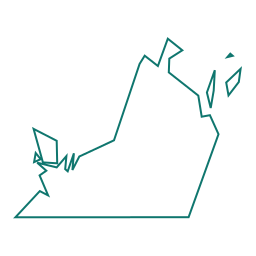 the Province of Papua, rotated 90°
{"feature_id": "IDN-558", "entity_name": "Papua", "entity_type": "Province", "adm_level": 1, "iso_a3": "IDN", "parent_name": "Indonesia", "parent_adm1": "", "projection": "mercator", "projection_center": [137.674, -4.867], "detail": "coarse", "context": "isolated", "style": "outline", "palette": "teal", "viewbox_px": 256, "rotation_deg": 90, "n_neighbors": 0, "source": "natural_earth", "source_scale": "10m", "svg_char_len": 725}
<svg xmlns="http://www.w3.org/2000/svg" viewBox="0 0 256 256"><g transform="rotate(90 128 128)"><path d="M217.2,67.4L217.3,240.6L191.1,216.2L195.4,207.9L175.4,216.4L170.7,209.7L162.7,218.8L167.4,199.3L156.1,189.6L169.1,190.8L171.3,188.3L153.3,182.1L170.0,183.6L156.5,176.7L140.3,142.0L63.9,116.4L55.7,111.3L66.0,98.1L38.7,88.2L50.3,73.7L58.6,86.7L72.4,87.2L95.6,57.7L116.7,54.3L115.2,46.1L134.2,37.5L217.2,67.4ZM163.3,198.8L162.4,213.1L128.9,222.4L140.8,199.3L163.3,198.8ZM95.4,27.5L82.5,29.8L68.8,15.4L82.0,17.2L95.4,27.5ZM108.0,45.3L92.5,49.1L70.2,41.2L90.6,42.3L108.0,45.3ZM159.2,215.3L162.1,221.9L153.0,220.3L159.2,215.3ZM55.8,23.3L57.1,28.6L53.7,25.7L55.8,23.3Z" fill="none" stroke="#0f766e" stroke-width="2"/></g></svg>